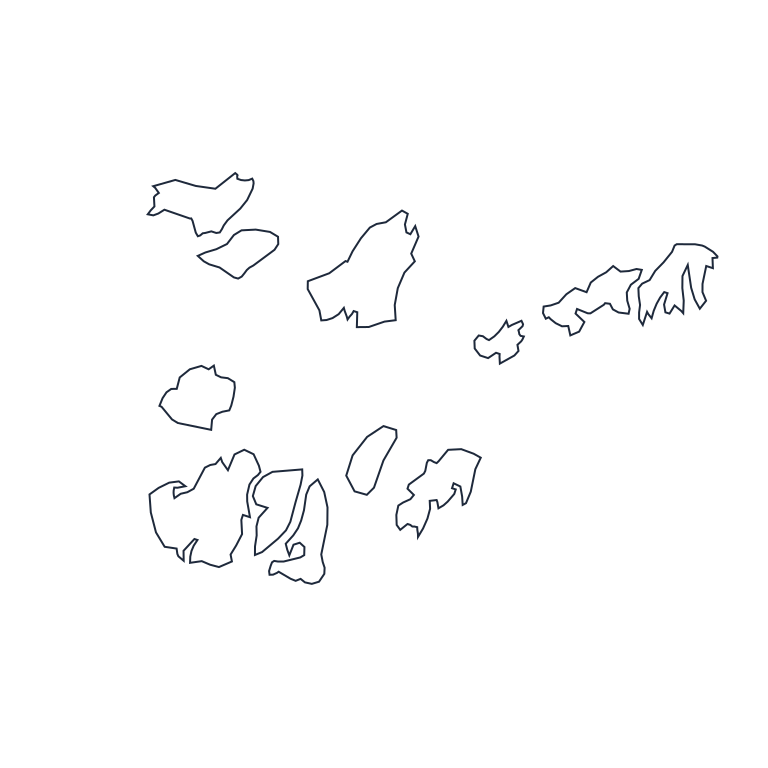 the Region of Bolama, rotated 18°
{"feature_id": "GNB-770", "entity_name": "Bolama", "entity_type": "Region", "adm_level": 1, "iso_a3": "GNB", "parent_name": "Guinea-Bissau", "parent_adm1": "", "projection": "equal_earth", "projection_center": [-15.897, 11.361], "detail": "fine", "context": "isolated", "style": "outline", "palette": "slate", "viewbox_px": 768, "rotation_deg": 18, "n_neighbors": 0, "source": "natural_earth", "source_scale": "10m", "svg_char_len": 5288}
<svg xmlns="http://www.w3.org/2000/svg" viewBox="0 0 768 768"><g transform="rotate(18 384 384)"><path d="M297.7,552.1L290.3,552.1L290.3,557.3L295.4,570.6L293.3,583.3L290.8,593.6L294.2,599.8L283.6,609.1L274.5,609.6L265.4,608.8L254.8,614.0L253.1,608.0L252.5,602.3L253.0,596.5L254.8,590.0L251.6,590.0L244.9,604.6L248.1,614.0L241.7,611.4L240.0,609.5L237.6,604.6L225.7,606.6L213.0,595.6L201.9,578.2L195.1,561.5L201.8,552.4L210.2,544.2L219.0,540.0L226.7,542.6L219.6,546.5L216.5,547.3L216.9,550.4L217.5,552.5L218.4,554.6L220.0,557.3L224.6,551.2L230.4,547.7L235.4,542.4L239.5,518.9L243.8,514.7L248.5,512.2L251.6,504.7L254.3,508.3L262.2,514.2L263.6,497.2L271.4,489.7L281.7,491.1L290.3,500.4L293.7,505.7L292.2,509.6L289.0,514.2L287.1,521.2L288.0,531.5L290.2,538.0L297.7,552.1ZM311.5,279.0L313.1,267.5L317.0,252.6L322.2,239.6L327.5,234.1L335.8,229.6L347.5,213.5L354.0,214.8L354.6,225.8L358.5,232.9L362.8,233.4L364.9,224.2L371.3,233.1L369.6,251.6L375.4,257.8L369.0,271.7L367.5,288.6L369.8,305.6L375.4,319.7L365.2,324.5L351.9,334.5L340.6,338.3L336.4,324.0L332.6,324.0L331.9,327.3L330.4,330.7L329.4,333.9L327.7,331.3L324.0,326.6L322.3,324.0L319.3,331.6L314.7,337.2L309.6,340.9L304.7,342.9L299.8,333.9L282.1,317.3L279.8,309.8L297.7,295.6L309.4,279.0L311.5,279.0ZM181.0,290.6L177.8,292.2L172.6,292.2L167.3,295.6L165.0,296.7L163.3,299.5L161.3,301.0L158.2,298.2L151.5,288.0L149.5,286.1L148.3,286.6L121.3,286.1L116.7,291.6L112.5,294.9L106.9,295.6L108.5,290.9L110.8,286.1L107.5,277.5L108.2,275.5L110.8,271.9L105.7,268.1L103.4,267.2L122.5,254.4L143.8,253.8L163.3,250.4L177.3,229.4L179.7,230.3L180.2,230.7L180.1,231.6L181.1,234.1L185.0,234.2L188.8,233.4L192.3,231.9L195.2,229.4L197.1,231.4L198.0,233.5L198.7,238.8L197.0,251.3L193.1,261.6L184.6,276.7L182.6,282.7L182.0,286.8L181.0,290.6ZM498.8,424.2L497.2,436.8L499.8,459.6L498.8,472.0L496.2,474.7L493.1,466.9L488.3,457.9L480.9,456.9L480.9,462.1L484.8,462.1L484.8,466.9L480.9,476.2L478.1,481.0L474.2,485.4L471.3,479.9L469.9,478.1L463.6,481.0L466.4,488.4L466.9,498.5L465.8,509.3L463.6,518.9L462.6,516.0L460.9,512.7L459.8,509.9L456.7,510.2L455.5,510.7L454.6,510.7L452.7,509.9L449.6,509.9L444.5,517.7L439.6,514.1L436.2,504.7L435.2,495.2L438.8,490.8L444.7,485.4L446.7,480.3L438.7,476.3L438.7,472.0L449.6,456.9L450.1,453.9L449.1,445.7L449.6,442.8L452.0,442.0L455.5,442.8L458.5,443.0L459.8,440.6L465.3,426.8L477.6,422.1L490.8,422.6L498.8,424.2ZM661.9,160.8L657.5,162.7L661.0,172.2L654.0,172.2L656.0,190.4L658.5,198.2L664.6,205.3L661.1,214.8L653.3,207.5L646.4,197.6L636.1,176.9L634.5,189.1L638.1,200.6L643.3,212.1L646.7,224.2L644.2,222.7L636.1,219.5L633.8,228.8L629.5,228.9L625.8,221.9L625.6,210.0L622.1,210.0L619.9,216.4L618.5,223.4L617.9,231.0L618.2,238.8L613.7,235.8L611.9,234.1L611.9,247.9L606.5,243.3L604.5,237.1L603.1,229.7L599.2,221.9L596.3,214.2L598.5,208.8L604.5,203.1L607.0,192.6L612.3,181.9L617.1,169.3L617.6,162.5L617.7,162.4L619.2,160.6L636.6,155.0L643.8,154.0L646.6,154.2L656.1,156.6L661.7,159.6L661.9,160.8ZM233.8,481.0L200.0,484.8L193.3,483.2L179.5,474.4L177.2,474.2L177.8,465.9L179.7,459.1L183.2,454.4L188.4,452.7L187.7,440.9L194.8,430.0L204.8,423.2L212.7,424.2L216.5,419.1L221.2,427.2L227.0,428.0L233.7,426.7L241.1,428.5L243.3,433.6L244.8,442.6L245.4,451.7L245.0,456.9L238.9,460.3L233.8,464.5L231.5,471.0L233.8,481.0ZM350.5,495.2L360.5,505.2L368.4,518.8L373.6,535.4L377.0,565.5L380.7,572.2L384.3,577.1L385.9,583.0L383.3,592.1L377.1,596.4L370.1,597.1L364.9,595.1L360.8,598.5L355.4,598.1L341.8,595.1L340.6,596.7L337.4,599.6L334.1,600.8L332.5,597.4L332.4,591.9L332.6,588.2L334.2,586.2L338.1,585.6L343.5,583.8L358.0,574.8L361.0,571.4L358.7,563.6L352.9,561.0L347.6,564.8L346.9,576.2L343.2,571.5L339.9,566.3L344.5,556.0L346.8,547.8L347.4,539.5L346.9,528.8L344.2,513.2L344.9,504.3L350.5,495.2ZM593.9,195.8L593.7,205.3L588.1,213.3L586.6,221.9L589.6,229.6L594.4,236.6L594.9,241.6L585.0,243.5L578.6,242.3L574.1,237.9L569.3,238.8L568.6,240.7L558.5,253.0L555.9,253.8L544.4,253.0L544.4,257.8L555.4,263.1L553.4,273.9L546.2,280.2L541.3,271.9L535.5,274.1L528.5,273.1L522.6,270.9L520.1,269.6L517.7,271.9L513.3,267.4L511.9,261.0L518.2,257.8L525.0,252.7L529.7,242.3L536.2,233.7L548.3,234.1L549.3,223.6L554.4,215.9L560.8,209.1L565.5,201.0L574.2,204.0L582.0,200.9L588.6,196.6L593.9,195.8ZM336.4,523.7L337.5,544.0L336.0,553.5L331.0,563.9L320.0,581.5L314.1,586.5L311.5,578.3L309.7,567.4L306.7,558.8L306.1,549.9L311.5,537.8L299.7,537.9L293.9,531.1L293.5,520.7L297.7,509.9L305.1,502.0L332.6,490.5L334.7,496.3L335.8,505.6L336.4,523.7ZM191.6,324.0L180.8,324.2L174.7,323.0L167.3,319.7L173.5,314.1L182.9,307.6L191.4,299.4L195.2,288.7L201.0,281.9L214.3,276.8L228.6,274.6L237.7,276.7L240.2,283.6L238.4,290.2L223.1,311.7L220.1,314.9L218.3,318.0L217.0,321.9L215.5,325.8L212.7,328.8L208.3,329.0L191.6,324.0ZM396.5,424.2L409.8,424.0L412.6,431.2L407.1,456.9L406.5,485.7L401.9,494.7L389.2,495.2L376.4,482.8L376.2,461.6L384.3,439.5L396.5,424.2ZM495.2,291.3L496.3,292.9L497.3,294.8L499.0,296.0L502.3,295.6L501.9,298.9L501.3,301.0L498.8,305.5L501.7,311.0L499.2,316.6L487.9,328.8L485.4,322.3L484.7,319.7L480.9,319.7L475.0,327.2L466.6,327.2L459.3,322.2L456.6,314.9L459.1,308.6L463.3,308.0L467.6,309.5L470.3,309.8L474.2,304.6L477.1,299.0L479.3,292.8L480.9,286.1L484.7,291.3L487.4,288.3L495.2,281.4L497.8,284.2L497.9,286.2L495.2,291.3Z" fill="none" stroke="#1e293b" stroke-width="2"/></g></svg>